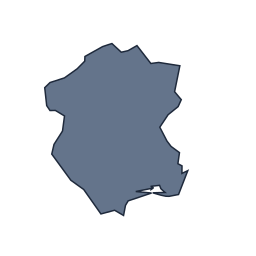 outline of Lushnjë, Fier, Albania, rotated 236°
{"feature_id": "67620474B73435711419495", "entity_name": "Lushnjë", "entity_type": "district", "adm_level": 2, "iso_a3": "ALB", "parent_name": "Albania", "parent_adm1": "Fier", "projection": "mercator", "projection_center": [19.57, 40.906], "detail": "fine", "context": "isolated", "style": "filled", "palette": "slate", "viewbox_px": 256, "rotation_deg": 236, "n_neighbors": 0, "source": "geoboundaries", "source_scale": "gbopen_adm2", "svg_char_len": 897}
<svg xmlns="http://www.w3.org/2000/svg" viewBox="0 0 256 256"><g transform="rotate(236 128 128)"><path d="M58.0,75.4L65.3,82.7L67.5,87.4L60.9,111.2L71.0,98.9L64.9,113.5L64.1,112.8L64.1,115.0L64.3,115.4L64.7,115.3L64.8,115.0L65.0,114.9L65.3,114.7L65.6,114.7L65.8,114.7L66.2,114.6L66.6,114.5L67.0,114.1L62.8,122.1L59.2,121.3L53.8,122.7L60.5,112.2L53.7,117.9L50.3,121.2L48.4,123.8L44.6,132.7L59.2,153.7L60.2,147.3L66.4,151.6L70.5,149.4L78.8,156.9L88.6,153.4L95.3,153.0L110.9,154.8L116.6,168.7L117.7,181.5L121.7,188.0L132.0,186.9L150.6,205.8L165.2,190.1L168.7,183.0L191.3,181.5L192.1,171.2L194.6,164.8L207.0,161.9L208.1,158.2L209.7,152.4L211.4,132.3L207.6,129.5L205.5,118.9L205.1,103.3L209.3,88.8L208.0,81.5L192.0,73.1L186.1,73.1L183.2,77.6L173.5,82.1L162.1,72.0L155.8,57.5L149.0,50.2L116.6,51.4L101.8,56.9L71.9,57.5L67.3,70.9L58.0,75.4Z" fill="#64748b" stroke="#1e293b" stroke-width="1.5"/></g></svg>